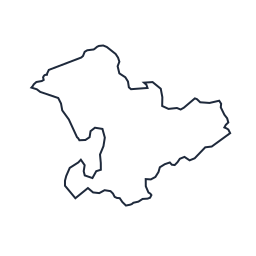 the border of Heves, rotated 189°
{"feature_id": "HUN-3174", "entity_name": "Heves", "entity_type": "County", "adm_level": 1, "iso_a3": "HUN", "parent_name": "Hungary", "parent_adm1": "", "projection": "robinson", "projection_center": [20.209, 47.788], "detail": "fine", "context": "isolated", "style": "outline", "palette": "slate", "viewbox_px": 256, "rotation_deg": 189, "n_neighbors": 0, "source": "natural_earth", "source_scale": "10m", "svg_char_len": 1627}
<svg xmlns="http://www.w3.org/2000/svg" viewBox="0 0 256 256"><g transform="rotate(189 128 128)"><path d="M229.7,152.8L228.7,154.4L227.9,156.4L225.7,159.1L220.5,160.9L218.8,162.3L219.8,164.8L219.3,166.2L218.7,167.1L217.9,167.6L216.4,167.9L216.4,169.2L215.3,173.0L185.2,190.3L183.7,192.1L182.7,196.5L180.4,198.4L174.2,200.2L173.3,201.0L171.2,203.4L169.6,204.5L165.4,205.6L161.6,204.7L151.8,199.2L148.8,195.9L146.9,192.1L147.9,187.4L145.1,180.6L138.6,177.7L135.3,173.9L133.5,168.3L131.1,166.8L115.0,170.6L116.6,173.6L119.3,175.3L110.9,177.2L101.8,171.9L98.9,163.8L97.7,155.1L91.0,153.2L82.8,155.4L78.9,154.5L76.0,156.8L66.6,167.7L64.5,167.3L60.7,164.7L51.4,165.5L42.2,169.2L39.8,166.5L39.6,162.9L34.9,156.2L31.6,153.1L29.8,149.2L31.9,146.4L32.9,143.6L30.8,143.1L28.7,142.2L26.3,138.9L42.4,122.8L48.7,121.0L57.4,108.5L62.1,105.7L67.7,108.3L72.0,105.7L73.8,101.9L76.1,98.7L79.0,98.6L81.3,100.5L86.0,98.0L90.4,94.2L91.0,89.3L93.3,83.9L97.4,80.8L102.5,80.3L101.3,73.2L97.7,67.5L95.6,66.6L94.4,65.4L95.3,62.6L97.6,61.3L102.5,60.2L106.2,56.9L111.0,55.0L112.4,53.4L114.1,52.5L117.9,51.1L122.0,54.0L125.2,57.4L128.0,57.2L130.4,57.9L132.6,60.9L135.4,62.9L141.4,62.9L146.2,59.2L152.4,58.9L158.2,62.4L169.0,50.4L178.2,58.5L181.2,61.1L182.0,66.1L181.5,71.0L179.3,79.5L171.7,86.2L169.6,89.3L165.0,84.5L165.0,78.4L163.3,74.4L155.3,73.0L152.6,80.4L148.3,82.5L149.4,89.2L151.5,97.4L149.4,106.2L149.4,114.9L153.1,123.1L160.7,123.1L164.5,119.0L164.5,112.9L168.2,109.5L174.1,108.3L175.6,110.1L176.9,110.9L187.8,127.2L195.7,135.1L198.0,141.7L201.6,146.7L220.3,149.9L224.2,152.0L229.7,152.8Z" fill="none" stroke="#1e293b" stroke-width="2"/></g></svg>